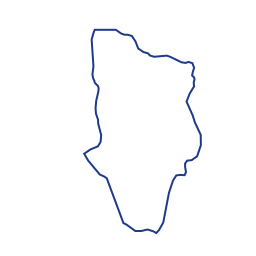 SVG path tracing the border of Chahar Mahall and Bakhtiari, rotated 28°
{"feature_id": "IRN-3218", "entity_name": "Chahar Mahall and Bakhtiari", "entity_type": "Province", "adm_level": 1, "iso_a3": "IRN", "parent_name": "Iran", "parent_adm1": "", "projection": "orthographic", "projection_center": [50.632, 31.874], "detail": "fine", "context": "isolated", "style": "outline", "palette": "blue", "viewbox_px": 256, "rotation_deg": 28, "n_neighbors": 0, "source": "natural_earth", "source_scale": "10m", "svg_char_len": 1019}
<svg xmlns="http://www.w3.org/2000/svg" viewBox="0 0 256 256"><g transform="rotate(28 128 128)"><path d="M154.4,40.5L158.1,43.8L159.1,48.8L160.0,51.6L162.5,52.2L163.9,53.8L164.7,57.1L166.8,60.3L166.3,68.5L167.3,77.2L179.3,86.6L184.4,91.6L195.4,99.9L200.4,108.9L202.3,120.5L199.3,126.5L195.5,129.1L195.1,132.6L197.0,136.0L199.9,139.7L200.1,143.1L196.1,144.9L192.9,147.2L192.4,153.2L194.6,166.0L203.5,194.9L203.3,203.6L202.3,207.5L199.0,207.3L192.8,208.5L188.1,212.7L182.9,215.5L171.9,214.0L168.6,214.1L132.9,182.4L130.0,182.0L124.9,182.3L108.2,175.5L101.4,171.3L104.8,164.7L110.1,158.2L110.3,153.0L107.6,146.8L99.5,138.0L97.7,134.8L93.0,130.4L90.1,125.8L87.2,119.0L84.7,109.7L83.4,106.7L81.9,105.1L77.4,103.6L76.0,102.0L73.7,100.3L71.4,97.3L68.5,89.7L54.4,67.0L52.9,60.2L52.5,56.9L71.2,47.0L77.7,47.8L81.1,47.3L84.0,45.8L88.2,44.9L94.0,48.1L99.7,53.0L105.9,53.7L110.5,52.7L113.4,53.7L117.7,52.8L128.3,45.9L132.0,45.3L144.4,44.9L148.3,43.5L150.4,41.3L154.4,40.5Z" fill="none" stroke="#1e3a8a" stroke-width="2"/></g></svg>